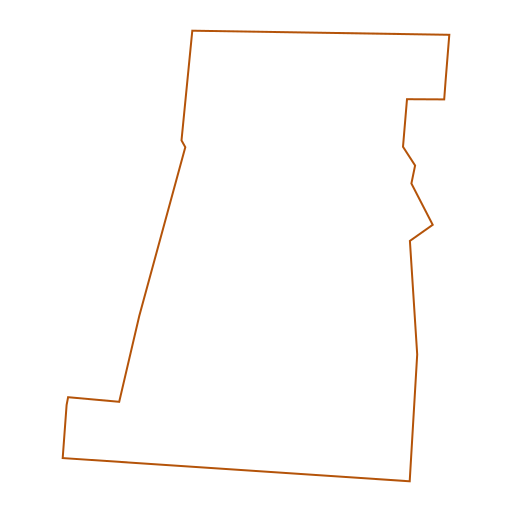 Madison, Ohio, United States of America
{"feature_id": "52423323B7238246753004", "entity_name": "Madison", "entity_type": "district", "adm_level": 2, "iso_a3": "USA", "parent_name": "United States of America", "parent_adm1": "Ohio", "projection": "natural_earth1", "projection_center": [-83.395, 39.903], "detail": "fine", "context": "isolated", "style": "outline", "palette": "amber", "viewbox_px": 512, "rotation_deg": 0, "n_neighbors": 0, "source": "geoboundaries", "source_scale": "gbopen_adm2", "svg_char_len": 358}
<svg xmlns="http://www.w3.org/2000/svg" viewBox="0 0 512 512"><path d="M62.7,458.1L409.7,481.3L417.2,354.5L409.9,240.9L432.7,224.8L411.4,183.5L415.1,165.5L403.0,146.8L407.0,99.2L444.2,99.4L445.6,80.7L449.3,34.8L192.3,30.7L181.5,140.4L185.3,147.2L139.3,315.8L119.2,401.8L68.1,397.2L66.6,405.0L62.7,458.1Z" fill="none" stroke="#b45309" stroke-width="2"/></svg>